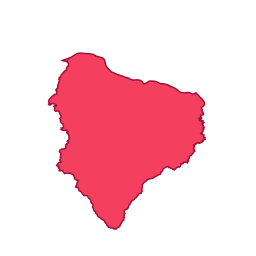 Uruguaiana, Rio Grande do Sul, Brazil, rotated 67°
{"feature_id": "56859067B5224515262933", "entity_name": "Uruguaiana", "entity_type": "district", "adm_level": 2, "iso_a3": "BRA", "parent_name": "Brazil", "parent_adm1": "Rio Grande do Sul", "projection": "equal_earth", "projection_center": [-56.694, -29.802], "detail": "fine", "context": "isolated", "style": "filled", "palette": "rose", "viewbox_px": 256, "rotation_deg": 67, "n_neighbors": 0, "source": "geoboundaries", "source_scale": "gbopen_adm2", "svg_char_len": 5893}
<svg xmlns="http://www.w3.org/2000/svg" viewBox="0 0 256 256"><g transform="rotate(67 128 128)"><path d="M168.4,64.2L168.4,63.4L168.7,62.8L168.5,61.7L168.2,62.0L167.7,61.4L166.8,61.8L166.7,61.0L165.8,61.7L165.2,61.8L164.6,61.5L164.3,60.9L163.9,61.5L163.4,61.5L162.4,61.8L162.1,63.1L161.4,63.3L161.3,62.7L160.9,62.0L160.6,60.4L160.1,60.3L159.4,59.8L158.5,58.6L157.9,58.4L157.9,59.1L157.5,58.8L157.3,57.7L156.0,57.8L155.0,57.6L154.7,58.3L154.2,58.5L153.5,57.6L153.2,58.0L152.7,58.0L152.7,55.9L151.2,56.6L150.7,57.4L150.4,56.7L150.1,57.5L149.7,57.2L149.4,57.6L149.3,58.2L149.4,58.9L149.0,59.3L147.8,59.1L147.6,58.3L147.1,58.8L146.8,57.4L147.1,57.0L147.9,57.4L147.9,56.7L147.2,56.2L146.8,56.2L146.1,57.0L145.6,56.9L145.2,56.4L144.9,55.9L144.9,55.3L145.2,54.0L145.1,53.1L143.2,52.9L140.9,53.0L140.1,52.5L138.3,52.8L137.8,52.4L137.4,50.3L136.6,48.9L136.0,48.3L134.8,47.8L133.5,47.7L129.4,48.8L127.5,49.9L126.3,50.1L123.4,51.3L122.1,51.7L122.1,52.5L122.4,53.5L122.1,55.2L119.5,57.5L118.4,59.6L118.2,61.0L117.8,62.3L116.9,63.9L115.7,65.7L114.3,66.6L112.4,67.5L109.7,69.3L108.1,70.7L105.8,73.0L103.7,74.5L100.9,78.6L99.6,81.0L96.4,83.9L95.2,85.6L93.9,88.1L93.3,89.8L93.2,91.2L93.6,92.2L93.9,93.7L93.8,95.3L93.4,96.4L90.4,97.0L88.9,98.1L87.3,100.6L86.6,102.7L85.9,104.4L84.0,106.9L82.2,108.0L81.2,109.2L80.5,110.5L78.7,112.1L76.6,114.6L74.1,117.4L69.2,121.8L66.3,122.7L63.3,123.8L62.0,123.9L55.9,123.0L53.8,123.8L49.0,129.6L46.8,131.1L44.5,134.6L42.0,139.7L40.5,142.3L39.7,145.2L39.9,148.2L40.6,152.0L40.6,155.5L40.2,162.0L41.2,161.0L42.0,159.4L42.4,159.0L42.7,157.7L43.2,158.2L43.7,158.2L44.2,157.8L45.6,157.7L47.2,158.4L47.9,159.6L48.3,160.6L48.8,161.2L50.5,162.0L50.7,163.5L51.4,165.5L52.3,167.0L52.9,168.6L55.0,170.5L54.6,171.5L56.4,172.7L57.1,172.2L61.5,176.1L63.7,177.0L63.8,177.7L64.1,178.6L64.9,179.6L65.9,179.5L66.3,179.0L68.8,180.5L68.7,181.1L68.4,182.3L69.1,185.3L71.0,189.4L72.0,190.4L73.0,190.9L73.4,190.6L74.2,190.5L74.8,190.6L74.9,191.8L75.3,191.9L75.8,191.7L76.4,190.6L76.3,189.9L75.5,190.2L75.4,189.5L76.0,189.0L76.1,188.0L76.7,186.8L77.4,185.9L77.8,185.8L79.0,184.7L79.6,184.8L79.8,185.4L79.2,185.7L78.8,187.3L79.1,187.9L80.5,187.3L82.4,188.7L83.0,188.6L84.3,188.1L84.6,187.6L84.6,186.9L84.8,186.2L85.4,185.3L86.2,185.1L88.3,185.2L90.3,184.8L91.2,185.1L91.8,185.5L92.7,187.1L93.4,187.0L94.0,187.1L95.9,187.7L97.5,187.3L98.6,186.6L99.4,186.4L101.6,186.9L102.4,188.1L101.9,189.5L102.4,189.6L102.9,189.1L103.3,189.3L103.4,190.1L104.3,189.2L105.3,187.7L105.7,186.3L105.7,185.6L106.1,185.2L107.1,185.3L107.9,184.9L108.1,186.2L108.6,186.3L109.4,185.6L110.5,185.4L111.5,185.4L112.7,185.7L114.0,186.1L115.4,186.7L115.8,187.2L116.2,188.6L116.7,189.1L117.2,188.9L117.5,188.3L118.0,188.3L118.4,188.8L118.6,189.6L118.8,191.6L119.1,192.1L122.0,192.9L122.3,193.7L122.4,194.4L121.8,196.6L121.5,197.2L121.5,197.8L121.7,199.1L122.5,200.2L123.0,200.4L125.1,199.7L127.1,200.9L127.8,201.2L128.6,201.7L129.6,201.9L130.9,203.3L131.6,203.4L132.1,202.9L132.5,202.7L133.1,202.8L133.3,203.5L132.8,205.1L134.0,207.3L134.3,208.3L135.2,208.1L136.1,206.9L136.6,206.5L137.0,206.7L137.1,207.5L137.7,207.6L139.6,207.0L140.4,208.0L140.9,207.2L141.4,205.2L141.7,205.0L142.5,204.9L145.2,204.2L145.4,203.5L145.3,202.6L145.8,201.4L146.7,200.0L146.9,199.3L148.9,197.2L149.8,196.7L150.4,196.9L150.8,196.5L151.4,196.4L153.7,196.9L154.7,196.7L157.1,194.5L158.7,196.4L159.5,197.0L160.2,197.3L161.3,198.9L161.9,199.3L162.5,198.8L163.2,197.3L163.8,197.1L165.6,197.6L166.7,197.6L167.3,196.7L168.0,196.2L171.6,195.4L172.1,195.0L173.0,195.0L173.5,194.0L173.9,192.6L174.3,192.4L175.0,191.7L176.3,191.9L176.9,191.8L178.0,190.8L179.0,190.9L179.8,190.6L180.5,190.6L182.0,191.2L182.7,190.8L183.4,190.7L184.3,190.2L185.1,190.2L185.8,190.6L186.7,191.5L187.5,191.7L188.0,191.3L188.6,191.3L189.2,191.5L191.0,191.5L192.5,190.5L193.3,190.9L194.0,191.0L195.1,190.1L196.9,190.4L198.5,189.7L199.2,189.1L200.0,188.8L200.4,188.2L201.4,188.1L201.9,187.3L202.9,187.0L204.2,185.9L205.1,185.9L205.9,186.0L206.4,185.5L206.8,185.8L207.3,185.5L208.8,185.2L209.6,185.5L210.1,185.0L211.6,184.8L212.4,183.5L213.1,183.1L213.2,182.4L214.1,181.3L214.5,180.3L215.4,180.4L216.3,178.6L215.9,178.4L215.8,175.8L215.5,174.8L215.5,174.2L214.9,173.5L213.8,172.9L213.4,171.7L212.6,170.7L212.0,170.4L211.4,168.9L211.2,167.9L209.8,167.2L209.1,167.1L208.9,166.2L208.3,166.4L207.4,166.2L206.4,165.2L205.8,164.9L205.5,164.2L203.7,164.3L202.8,163.9L202.3,163.1L202.3,162.0L202.0,161.1L202.2,160.2L201.7,159.9L201.8,159.3L200.1,157.8L199.5,157.6L199.2,156.9L199.1,156.1L197.8,154.4L197.2,154.1L196.8,153.5L196.8,152.9L196.4,152.3L196.3,150.7L196.1,149.9L195.2,149.0L195.2,147.9L195.0,147.3L194.3,146.1L194.0,145.4L192.9,143.9L192.8,143.2L193.2,141.7L193.1,141.2L192.3,140.3L191.5,139.6L189.7,139.1L188.0,138.0L186.3,137.4L185.3,136.1L184.4,134.5L184.1,133.7L184.3,132.7L183.8,131.8L183.2,130.3L183.1,129.7L183.5,127.2L183.5,126.0L184.0,124.3L183.5,123.4L183.5,122.2L183.7,121.6L183.3,120.9L183.0,118.9L183.2,116.4L182.1,115.1L181.6,114.7L181.3,113.5L179.8,112.2L178.9,109.6L178.8,108.7L179.0,107.8L179.0,106.4L179.3,105.9L179.8,105.8L180.3,105.9L180.3,105.2L180.8,104.8L181.8,104.4L182.5,103.5L183.5,103.0L183.8,101.8L184.6,101.9L184.2,100.1L183.5,98.8L183.4,98.0L184.0,95.9L183.9,95.2L182.7,93.7L181.8,93.4L181.6,92.9L182.2,92.0L182.3,91.0L181.8,90.9L181.4,90.6L181.5,89.4L182.6,86.6L182.3,85.5L181.8,85.8L181.5,86.4L181.6,85.3L181.2,84.8L180.5,85.0L180.0,83.7L179.0,82.9L178.5,83.1L178.3,82.4L177.8,82.0L177.6,81.5L178.0,80.6L177.3,79.5L177.0,78.6L175.7,76.6L175.5,75.6L174.5,75.7L173.8,76.0L173.4,75.3L173.0,75.7L171.9,75.3L171.2,74.0L170.5,73.9L170.0,73.5L170.0,74.2L169.3,74.4L168.9,73.9L169.3,72.3L169.3,71.6L168.8,71.3L168.7,70.5L169.3,69.3L168.9,68.9L169.3,68.3L169.8,68.4L170.0,68.0L169.7,66.5L170.1,66.3L170.1,65.7L169.6,65.2L169.6,64.3L169.1,64.5L168.4,64.2ZM182.6,86.6L182.8,87.3L183.2,87.0L182.6,86.6Z" fill="#f43f5e" stroke="#9f1239" stroke-width="1.5"/></g></svg>